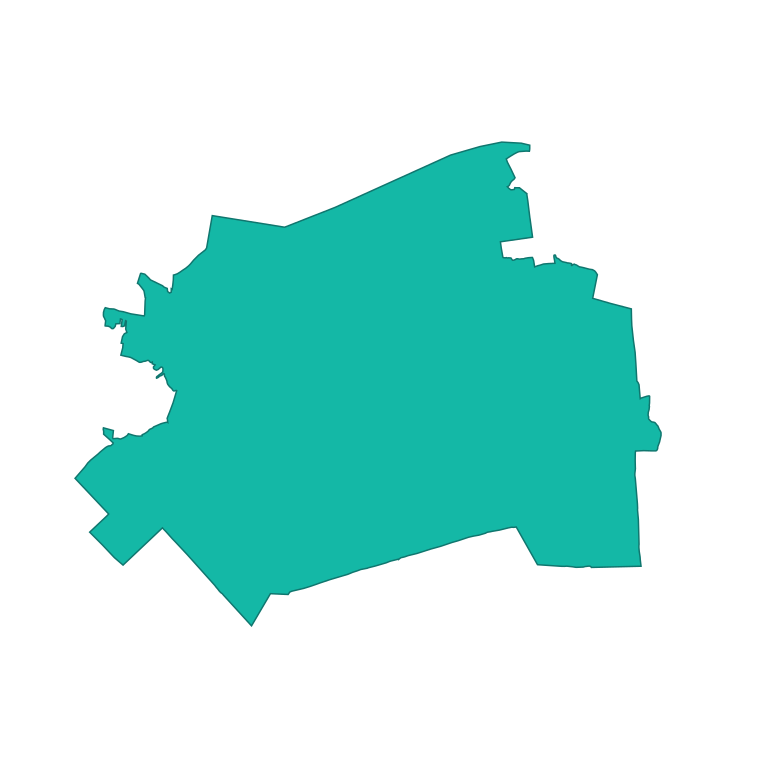 outline of Slatina, Olt, Romania, rotated 102°
{"feature_id": "2599482B52224640698115", "entity_name": "Slatina", "entity_type": "district", "adm_level": 2, "iso_a3": "ROU", "parent_name": "Romania", "parent_adm1": "Olt", "projection": "orthographic", "projection_center": [24.391, 44.434], "detail": "fine", "context": "isolated", "style": "filled", "palette": "teal", "viewbox_px": 768, "rotation_deg": 102, "n_neighbors": 0, "source": "geoboundaries", "source_scale": "gbopen_adm2", "svg_char_len": 6167}
<svg xmlns="http://www.w3.org/2000/svg" viewBox="0 0 768 768"><g transform="rotate(102 384 384)"><path d="M540.5,666.6L568.4,626.3L570.3,627.4L590.1,641.1L600.0,625.9L609.9,611.6L615.4,601.6L570.8,570.8L571.7,569.6L573.5,566.9L577.1,562.0L579.5,558.7L581.8,555.3L589.7,544.0L591.7,541.1L616.1,507.7L617.6,506.0L619.1,504.0L620.6,502.3L621.6,500.9L622.1,500.1L622.7,498.6L624.2,496.7L647.7,463.9L648.1,463.3L612.7,451.5L609.8,434.0L607.1,432.9L605.8,431.0L600.6,420.0L597.2,413.9L593.4,407.6L592.2,405.7L586.7,396.4L583.1,389.8L577.6,379.7L576.1,377.5L574.7,375.5L572.3,371.3L570.3,368.2L567.7,362.1L566.9,360.9L563.8,354.6L558.4,344.6L556.3,341.5L555.6,340.2L552.4,333.6L552.7,333.3L550.5,331.5L548.8,327.9L546.8,324.6L542.9,316.5L535.8,304.1L530.9,294.7L524.8,284.4L522.0,279.1L516.3,269.4L514.2,264.9L512.1,259.7L508.9,253.8L507.5,252.1L506.4,249.2L505.6,247.5L502.9,240.7L498.9,232.5L497.5,229.2L497.3,227.5L496.4,224.9L528.8,196.3L528.8,196.0L525.4,172.4L524.9,169.8L524.2,167.4L523.6,161.7L523.4,158.0L521.6,150.9L520.8,149.5L519.6,145.9L519.4,145.0L519.5,144.2L519.7,143.7L520.3,143.0L508.8,94.7L502.9,96.7L499.8,97.6L494.8,99.5L490.9,100.7L488.9,101.1L487.8,101.2L463.7,107.0L454.3,109.9L452.8,110.1L448.5,111.2L424.3,118.5L421.4,119.6L419.5,120.0L414.5,120.5L413.4,120.8L406.6,122.4L399.0,123.9L397.3,124.0L397.1,123.4L395.2,116.2L393.6,107.5L392.9,104.3L392.7,103.9L392.4,103.5L391.5,103.1L390.3,102.9L388.9,103.1L387.9,103.1L383.4,102.4L382.2,102.4L376.8,102.3L374.0,102.9L373.2,103.4L370.9,105.5L369.1,106.7L368.0,107.5L367.3,108.6L366.5,109.5L365.4,111.0L365.3,111.8L365.3,113.2L365.4,114.0L365.1,115.0L363.9,116.9L363.2,117.8L362.3,118.2L361.4,118.2L360.8,118.5L360.2,118.9L359.3,119.3L358.7,119.3L356.8,119.6L353.9,119.4L350.8,119.7L349.9,120.1L347.4,120.3L340.8,121.6L340.6,121.8L340.5,122.3L341.3,124.3L344.3,129.6L344.6,130.0L345.0,130.3L343.9,130.7L331.7,134.4L329.8,135.8L328.5,137.3L312.0,141.8L300.7,145.0L289.5,149.1L275.5,153.7L268.9,155.4L259.1,157.7L258.1,179.2L256.8,197.7L232.7,198.0L230.6,200.1L229.9,201.0L229.6,201.4L228.8,203.8L229.0,207.1L228.7,213.3L228.7,216.4L228.8,217.1L228.3,218.6L227.6,220.4L227.4,222.2L227.2,222.6L227.2,222.9L227.6,223.5L228.0,224.0L228.6,224.4L229.1,224.9L229.0,225.2L228.7,225.4L228.1,225.3L227.4,225.5L227.2,225.9L227.2,227.5L227.3,229.1L227.5,229.4L227.3,230.7L227.3,234.9L226.6,236.9L225.6,238.5L225.0,240.1L225.0,241.0L223.9,242.3L222.6,242.9L222.3,243.2L222.3,243.5L222.4,244.1L222.6,244.4L223.3,244.5L225.0,244.0L227.6,242.9L230.4,241.9L230.9,244.0L231.3,245.2L231.8,247.4L233.5,253.0L235.2,255.9L236.3,258.1L238.1,261.0L232.4,263.2L231.6,263.6L229.4,265.1L229.5,265.7L230.4,268.9L231.7,272.2L232.4,273.3L233.0,275.5L233.7,277.5L233.7,279.2L233.9,280.2L234.4,280.9L235.1,281.6L235.5,282.2L235.9,282.9L236.2,283.7L236.2,283.9L236.1,284.2L234.3,286.1L234.5,287.0L234.6,288.2L235.1,289.5L234.9,290.5L235.3,291.3L235.5,292.1L235.6,293.6L235.2,294.1L226.8,297.5L220.7,299.7L209.5,269.2L192.0,275.5L191.3,275.8L175.0,281.4L168.9,283.7L168.2,283.7L163.9,292.3L164.8,296.9L166.6,297.0L167.5,299.4L167.6,300.6L166.5,302.8L165.4,304.4L164.6,303.4L163.5,302.7L162.0,302.4L160.1,301.8L158.2,300.7L156.9,299.5L155.0,298.7L149.0,303.3L147.9,304.1L141.4,309.4L138.4,311.2L135.0,307.8L131.7,304.3L129.5,301.6L128.6,300.1L126.6,293.3L126.1,290.2L124.9,290.2L123.4,290.4L120.1,291.1L119.9,299.8L122.9,319.1L131.8,339.5L146.2,366.4L221.5,468.7L251.3,513.8L255.0,587.0L287.8,585.8L289.9,586.6L296.6,592.2L302.5,596.0L306.9,598.3L309.1,599.7L312.1,602.1L314.5,604.5L316.9,606.7L319.1,609.0L320.5,611.2L321.2,612.6L326.1,611.7L330.9,611.2L335.5,610.9L335.1,611.9L338.4,611.2L339.6,612.6L338.5,614.9L335.6,615.9L335.0,619.1L333.9,621.1L330.7,634.1L329.4,635.8L327.8,638.3L326.3,640.8L326.2,644.7L326.6,645.1L336.8,646.1L337.4,644.4L340.8,640.3L342.4,638.5L343.3,637.9L349.1,635.6L349.2,635.2L352.4,634.9L366.2,632.5L366.7,632.7L367.3,632.8L368.0,646.2L367.5,654.1L367.7,658.1L367.3,660.7L367.0,662.0L366.8,663.8L367.5,668.0L367.3,672.5L369.3,673.1L372.2,673.3L375.0,672.8L376.3,672.3L377.7,671.1L378.6,670.5L380.0,669.4L384.7,669.0L385.2,668.8L384.8,665.7L385.3,663.5L386.3,662.1L386.4,661.4L386.1,660.4L385.1,659.7L383.5,658.9L380.9,658.8L379.8,654.9L375.1,655.3L375.1,654.8L375.4,653.5L382.3,653.0L382.1,651.4L381.1,649.9L375.8,649.9L376.0,649.1L383.9,648.1L387.1,646.2L388.8,648.4L392.0,649.6L398.7,649.6L398.7,647.6L402.9,647.1L410.5,647.4L410.6,645.8L410.7,642.1L410.6,640.1L410.7,637.4L411.1,635.8L411.7,633.9L412.1,632.4L412.7,630.5L413.5,628.3L413.6,627.8L413.5,627.0L412.9,625.5L412.0,624.2L411.3,622.2L410.9,621.5L410.4,620.9L410.0,620.0L409.9,619.3L410.0,618.9L410.7,618.0L411.4,616.9L411.4,616.3L411.2,615.7L410.8,615.2L412.4,614.9L412.9,611.9L413.9,612.3L415.0,613.0L415.4,613.0L416.4,612.8L416.8,612.4L417.2,611.9L417.4,611.3L417.8,609.5L416.9,608.1L415.7,607.1L414.2,606.0L413.8,605.6L413.7,605.0L413.7,604.6L414.0,604.1L414.6,603.6L415.3,603.3L418.0,602.9L419.4,603.7L422.0,606.1L423.0,606.8L423.8,607.6L424.3,607.9L424.8,607.9L425.3,607.9L425.6,607.7L425.4,607.3L424.5,606.2L423.9,605.7L422.8,605.2L422.7,604.6L422.3,603.9L421.2,602.7L420.5,602.3L419.9,602.0L419.6,601.7L419.6,601.3L419.9,600.9L421.5,600.5L422.2,600.1L422.9,599.3L425.1,597.7L427.0,596.6L427.6,596.5L428.3,596.1L429.1,595.6L429.7,595.0L431.2,593.2L432.3,591.2L432.8,590.4L433.9,589.4L434.3,588.8L434.5,588.2L434.4,587.9L434.3,587.5L433.7,586.4L433.5,585.9L433.6,585.4L446.2,586.4L456.9,588.0L457.2,588.1L462.7,589.0L463.1,588.7L466.6,587.5L466.4,588.0L466.5,588.3L467.0,589.6L468.5,592.6L469.3,594.0L473.8,600.3L474.0,600.5L475.2,601.2L477.2,603.9L477.6,604.2L478.0,604.3L478.4,604.6L479.3,605.0L481.4,606.9L482.5,608.1L483.9,610.0L484.9,609.7L485.7,611.7L485.9,612.6L486.3,615.2L486.3,618.1L485.8,623.7L487.4,624.3L488.2,624.9L490.4,627.1L492.1,629.5L492.6,630.4L492.7,630.8L492.5,632.9L492.6,633.5L492.8,634.3L493.8,637.6L493.2,638.2L485.8,639.0L485.2,649.3L486.5,649.3L488.8,648.3L491.4,647.8L495.7,640.3L498.0,636.6L499.2,636.8L499.4,637.1L501.0,638.2L501.4,639.0L501.8,640.4L502.6,641.6L504.1,643.2L509.3,647.3L511.9,649.1L519.3,655.0L522.8,657.3L527.3,659.3L540.5,666.6Z" fill="#14b8a6" stroke="#0f766e" stroke-width="1.5"/></g></svg>